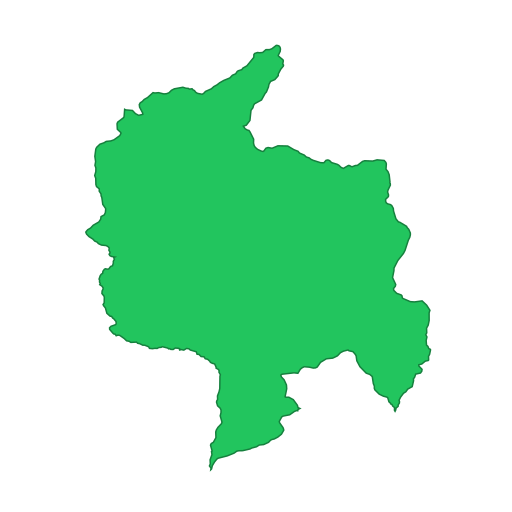 Santa Cruz, Cajamarca, Peru, rotated 263°
{"feature_id": "86281439B67227592108094", "entity_name": "Santa Cruz", "entity_type": "district", "adm_level": 2, "iso_a3": "PER", "parent_name": "Peru", "parent_adm1": "Cajamarca", "projection": "natural_earth1", "projection_center": [-79.012, -6.689], "detail": "fine", "context": "isolated", "style": "filled", "palette": "green", "viewbox_px": 512, "rotation_deg": 263, "n_neighbors": 0, "source": "geoboundaries", "source_scale": "gbopen_adm2", "svg_char_len": 6080}
<svg xmlns="http://www.w3.org/2000/svg" viewBox="0 0 512 512"><g transform="rotate(263 256 256)"><path d="M84.9,375.1L85.9,375.8L88.0,376.5L89.4,378.7L90.9,379.0L92.6,380.4L94.0,380.7L95.4,380.4L98.4,382.4L101.8,385.7L103.0,388.2L105.4,390.4L107.3,395.1L113.0,397.2L114.9,397.3L116.2,398.6L119.3,400.1L119.8,405.0L121.4,406.5L123.3,407.0L127.0,404.2L128.2,404.3L128.6,407.4L131.0,411.2L131.3,414.2L131.8,414.7L135.4,415.0L137.2,416.3L141.6,417.8L142.2,417.6L143.0,416.2L145.4,415.6L146.7,414.4L151.5,414.6L154.8,415.8L157.2,414.9L158.9,416.1L163.6,416.5L166.4,418.5L170.9,420.0L178.5,420.9L180.9,422.0L186.4,419.4L191.2,415.4L191.1,407.7L191.9,403.6L195.8,396.9L196.4,396.2L198.8,396.0L199.7,395.3L201.8,391.1L205.2,388.5L207.0,388.6L209.0,390.6L210.7,391.2L217.9,388.9L224.6,391.1L227.2,391.5L234.2,396.2L240.5,402.6L243.4,404.6L253.1,409.1L255.8,410.9L258.2,411.8L260.0,412.0L263.8,410.9L265.9,409.4L267.1,409.1L272.0,402.8L272.5,401.5L275.9,399.4L283.8,398.0L286.5,398.1L289.5,396.9L290.6,395.8L291.6,393.3L292.7,391.9L294.1,391.4L296.4,391.5L298.8,394.6L300.4,395.0L303.5,394.4L305.2,395.0L310.0,398.0L311.6,398.1L312.3,397.7L313.2,398.0L320.4,398.1L323.6,397.3L326.3,395.6L331.5,396.6L333.1,396.3L335.2,394.9L336.7,387.9L336.0,383.4L337.3,375.5L336.9,373.3L333.6,367.7L333.7,365.7L332.9,362.4L333.3,361.2L334.3,360.0L334.6,358.8L332.3,353.3L333.8,351.0L336.0,349.3L337.1,347.8L339.5,342.4L341.7,340.7L342.4,339.5L342.6,338.6L342.4,337.1L340.3,334.8L340.3,334.2L340.8,331.4L344.0,324.4L345.3,322.3L347.0,320.6L348.1,318.0L350.3,316.2L352.9,311.7L354.8,310.5L356.9,306.6L361.3,300.9L362.7,291.2L361.0,285.1L362.2,281.2L361.8,279.0L359.3,276.6L358.9,275.7L359.5,274.0L361.7,270.5L364.0,268.5L365.8,267.6L368.4,267.3L372.2,267.9L379.8,265.2L381.5,264.3L381.9,263.0L383.6,260.7L386.4,259.3L387.0,262.3L391.3,266.5L401.2,268.8L403.5,271.0L405.7,271.9L407.2,273.0L410.2,280.5L416.3,284.9L417.5,286.3L422.3,289.0L424.7,289.7L427.5,291.7L428.8,296.2L431.7,299.5L432.4,300.1L434.0,300.3L438.3,303.3L441.1,306.2L442.1,306.6L443.4,306.0L446.4,306.9L447.4,306.7L451.8,302.6L452.4,302.5L456.1,304.9L458.4,305.5L460.3,305.3L461.7,304.4L462.3,303.2L462.6,301.8L459.7,296.9L459.2,294.4L459.6,291.0L457.2,287.4L457.3,284.3L457.8,282.3L457.2,279.4L456.3,278.5L453.4,278.0L445.9,270.2L444.1,265.9L442.7,264.6L442.0,260.9L441.4,259.8L439.3,258.0L438.3,254.6L435.9,251.7L434.2,245.4L432.4,241.1L430.6,238.1L429.3,234.8L427.4,232.1L425.5,225.9L423.8,223.9L423.1,222.3L424.6,217.7L426.0,216.0L427.7,215.1L428.5,213.8L429.8,212.9L429.7,210.3L430.6,209.3L431.1,206.8L432.4,204.0L431.9,195.3L430.8,192.3L428.6,189.5L428.0,186.9L428.1,184.3L430.0,179.2L430.1,175.5L430.7,173.7L426.5,167.7L425.0,164.1L423.1,161.8L422.2,159.8L420.5,158.6L417.9,158.6L411.9,160.9L410.4,160.9L409.9,156.7L412.0,153.7L415.5,151.1L416.9,144.5L417.6,143.5L410.2,142.0L409.4,141.3L405.7,135.0L404.2,134.2L398.7,133.8L395.1,136.8L394.2,136.9L392.1,135.5L388.6,129.1L387.9,125.8L388.0,121.3L386.9,118.9L386.0,114.7L383.3,111.1L381.6,110.0L374.6,108.2L369.2,108.3L365.6,107.2L362.9,107.8L359.3,107.3L355.5,105.7L352.7,106.4L346.4,105.8L344.3,106.2L341.8,108.6L339.4,108.3L336.6,109.7L334.5,109.6L332.9,110.1L325.9,110.2L321.3,112.6L317.5,111.8L315.3,110.4L314.0,107.0L311.4,106.3L308.9,104.1L306.4,98.2L303.9,95.2L302.6,92.2L300.8,90.2L300.2,90.0L298.4,90.5L295.6,92.6L292.7,96.1L290.5,97.7L289.2,99.9L287.5,101.1L285.7,103.9L284.6,108.6L283.1,110.5L281.8,111.3L279.6,110.7L277.7,111.5L276.6,111.3L275.7,110.4L274.9,110.7L274.1,111.1L273.2,112.4L272.2,115.6L271.9,114.6L269.9,115.0L268.2,113.7L266.3,113.5L263.8,112.4L263.3,110.4L261.1,108.3L261.0,107.0L261.7,104.9L261.3,103.9L259.5,102.2L257.5,101.7L256.8,100.2L255.5,99.0L252.2,97.4L251.2,97.8L249.2,97.5L247.6,98.1L246.6,97.4L244.9,99.4L243.0,100.4L241.7,100.1L240.1,99.0L237.5,98.5L234.8,100.2L233.5,100.4L228.0,99.6L226.5,98.3L225.2,98.7L222.8,100.2L217.3,101.0L214.0,103.9L213.7,105.3L211.8,106.2L211.4,106.9L208.0,109.1L206.0,109.0L205.0,108.4L203.9,103.5L202.6,101.9L201.0,101.8L196.9,104.5L195.9,105.4L195.5,106.8L193.9,107.5L194.3,109.4L193.8,111.1L190.2,115.1L187.6,117.2L186.8,119.7L185.5,121.2L185.1,126.9L183.8,127.9L183.1,130.0L181.3,132.7L181.0,134.7L179.2,138.0L178.6,138.6L177.3,139.0L176.6,142.0L176.7,144.3L176.3,146.6L177.0,148.4L176.9,150.7L177.4,151.9L175.4,157.1L174.4,158.1L174.5,159.1L173.7,160.0L173.3,162.3L174.5,164.7L173.8,168.0L173.3,168.9L172.4,168.6L171.9,168.9L172.3,170.1L171.4,172.9L172.7,175.7L172.1,178.1L170.7,179.3L168.2,185.1L165.7,185.5L165.2,187.5L162.9,189.2L162.3,192.1L160.2,193.1L159.4,195.4L157.2,197.3L156.0,197.8L154.8,199.6L153.9,201.8L150.4,202.9L149.6,202.7L148.1,204.7L146.9,205.4L145.1,205.1L142.4,206.2L141.2,205.6L128.9,203.9L125.8,202.8L121.8,200.7L118.3,200.4L116.8,199.3L115.7,199.0L112.0,199.6L109.3,201.9L107.4,202.5L104.9,202.2L101.7,201.0L95.2,202.0L93.7,201.2L90.6,197.4L88.1,195.4L86.2,194.6L80.6,194.1L76.3,191.0L75.3,188.7L73.8,187.8L67.8,188.7L67.4,188.0L64.3,188.1L59.3,185.6L55.2,185.3L53.3,184.2L50.9,185.5L49.4,185.1L50.0,185.9L53.2,187.1L56.6,189.7L59.2,192.4L59.9,193.7L61.1,203.1L63.0,210.2L64.6,213.1L64.8,215.0L64.4,219.1L65.2,226.6L65.9,228.3L66.6,233.3L68.0,236.2L67.9,240.6L69.5,245.7L71.3,247.9L71.9,249.3L72.2,251.9L73.6,255.6L76.1,259.6L79.7,262.3L80.6,262.3L82.4,261.9L87.6,259.1L88.9,258.9L93.1,261.9L93.8,263.4L94.3,270.1L97.0,275.1L97.6,277.2L97.3,278.6L98.5,278.9L99.3,281.0L100.4,279.2L102.8,278.9L108.9,275.5L111.8,271.4L112.2,268.4L112.7,267.7L120.5,270.3L124.3,270.5L129.7,268.8L132.8,266.5L134.6,266.1L135.2,266.6L135.5,267.6L135.4,279.5L134.5,283.3L138.2,286.2L139.5,288.3L140.2,290.4L139.2,295.3L137.8,299.2L137.7,301.4L138.3,303.2L142.6,307.1L145.4,313.3L145.3,319.7L146.0,321.9L147.0,324.7L149.8,328.1L150.9,331.2L151.5,335.9L150.6,336.7L149.3,340.5L147.0,342.1L144.9,343.2L139.7,343.3L133.4,345.7L126.3,351.1L124.6,354.5L122.2,356.7L115.0,356.9L112.5,357.6L110.1,357.3L108.6,357.7L103.9,361.4L101.3,365.4L100.0,368.7L99.2,369.5L95.0,370.2L93.9,371.3L92.8,371.6L92.1,372.8L90.4,373.4L88.7,375.0L86.0,374.6L84.9,375.1Z" fill="#22c55e" stroke="#15803d" stroke-width="1.5"/></g></svg>